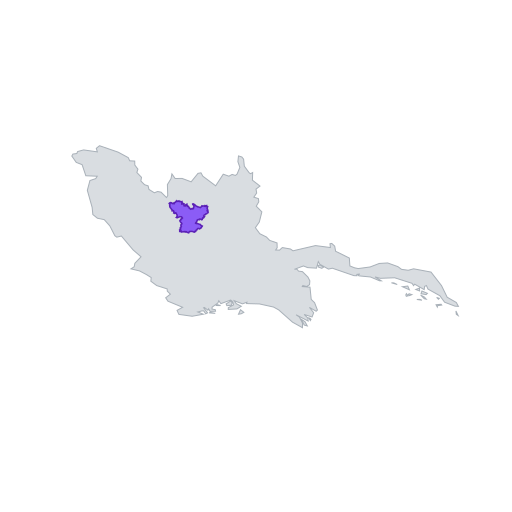 Kyaukme, Shan, Myanmar (highlighted), rotated 294°
{"feature_id": "60261553B11251200769941", "entity_name": "Kyaukme", "entity_type": "district", "adm_level": 2, "iso_a3": "MMR", "parent_name": "Myanmar", "parent_adm1": "Shan", "projection": "natural_earth1", "projection_center": [97.145, 22.817], "detail": "fine", "context": "in_parent", "style": "filled", "palette": "violet", "viewbox_px": 512, "rotation_deg": 294, "n_neighbors": 0, "source": "geoboundaries", "source_scale": "gbopen_adm2", "svg_char_len": 9063}
<svg xmlns="http://www.w3.org/2000/svg" viewBox="0 0 512 512"><g transform="rotate(294 256 256)"><path d="M321.5,231.2L317.1,228.8L313.8,231.0L308.9,230.1L309.4,234.9L306.6,236.5L301.6,236.0L298.7,243.4L288.4,245.2L281.6,243.9L277.9,250.4L277.6,257.8L275.8,262.2L276.5,269.9L272.1,272.0L269.5,271.5L270.9,275.1L274.4,276.6L276.4,284.6L275.8,287.7L289.7,306.1L294.0,320.5L297.3,318.6L298.3,320.1L297.0,323.9L292.7,326.8L292.1,342.1L285.1,345.8L285.3,350.9L286.1,354.5L292.4,364.7L299.3,371.6L303.2,379.1L304.0,389.9L303.0,394.4L304.9,400.9L308.4,405.2L312.5,422.4L304.4,437.5L296.1,447.4L295.0,457.9L292.3,461.4L291.1,458.1L290.5,447.1L294.5,440.1L295.7,426.6L298.3,423.7L296.9,422.4L293.7,423.3L294.8,412.4L293.0,412.0L294.5,409.7L292.5,391.5L286.2,378.7L285.3,373.2L284.3,380.6L283.6,379.1L283.4,369.1L279.7,358.1L280.1,357.1L281.8,358.1L280.2,355.6L279.0,356.2L277.9,353.5L275.9,330.7L273.5,327.5L274.4,317.7L276.2,315.2L269.5,316.2L266.4,307.9L266.2,303.4L259.5,296.5L260.6,298.7L259.5,301.0L260.6,304.8L257.9,312.0L255.2,315.3L251.5,316.6L248.7,314.6L248.1,310.8L246.9,310.7L249.5,318.0L238.8,324.1L237.2,328.5L231.6,334.1L230.0,333.4L230.8,325.7L227.6,331.8L223.1,332.0L222.2,323.8L220.4,328.6L217.8,330.1L218.6,316.5L217.9,320.4L213.6,325.8L209.4,327.6L210.4,316.3L216.0,298.6L216.5,292.8L213.6,278.6L208.7,266.7L210.1,266.5L206.8,263.1L206.3,254.3L204.4,257.4L204.1,263.0L199.9,260.1L195.9,252.4L197.5,251.7L202.2,255.4L204.8,253.3L205.5,250.8L198.2,243.3L200.0,240.2L197.6,240.3L191.4,236.7L189.6,237.4L190.4,240.6L189.1,241.5L186.7,236.6L188.5,234.2L186.9,234.1L188.0,229.8L187.4,229.2L184.4,234.9L182.7,233.5L184.6,230.6L183.9,229.0L181.2,225.6L181.4,231.6L175.0,222.2L171.3,209.3L174.2,206.0L179.3,209.8L178.9,193.9L181.1,190.5L186.3,193.3L187.8,189.3L189.8,188.2L188.6,177.3L190.2,170.2L193.7,169.0L194.5,163.3L195.0,155.6L193.4,147.0L196.6,149.1L200.1,148.3L208.5,151.3L211.6,141.2L219.5,124.9L216.6,121.2L217.1,118.8L224.0,110.3L227.5,102.6L226.0,95.7L227.5,90.1L233.8,86.5L247.4,75.2L257.4,73.6L261.5,78.1L264.3,78.5L260.1,67.9L268.7,60.0L268.4,53.7L272.4,47.1L274.7,47.3L276.7,50.6L278.9,50.6L282.8,55.4L286.6,68.7L289.4,66.3L293.1,68.2L294.8,87.8L293.9,99.3L291.6,101.9L293.4,106.6L289.8,108.3L287.3,112.8L283.8,113.2L281.3,119.4L277.7,120.3L275.8,125.2L276.2,128.9L273.3,131.1L272.4,137.4L274.9,139.9L275.7,143.3L273.0,150.5L275.3,150.8L285.2,146.0L292.1,146.9L296.8,145.8L293.9,150.6L296.8,156.9L297.4,166.6L307.9,169.4L309.6,171.9L307.3,174.9L303.7,190.6L317.4,192.8L317.9,198.8L320.8,201.0L321.2,204.4L323.1,205.4L330.4,205.2L334.8,201.1L340.3,199.3L340.7,202.8L339.4,205.3L333.3,208.8L329.2,216.0L329.0,217.6L330.9,219.0L323.8,221.9L321.5,231.2ZM200.1,248.2L204.5,251.1L203.6,253.3L200.9,253.4L198.8,249.6L200.1,248.2ZM287.5,402.3L290.3,406.9L287.5,409.9L287.5,402.3ZM199.6,267.8L197.3,266.1L195.7,263.7L200.6,263.7L199.6,267.8ZM291.5,421.8L291.6,427.8L289.9,427.1L288.7,422.1L291.5,421.8ZM215.9,327.5L213.0,331.3L212.5,328.1L216.6,323.3L215.9,327.5ZM273.3,322.3L271.5,321.1L271.3,317.6L272.7,316.6L273.8,318.3L273.3,322.3ZM285.8,429.1L285.4,427.1L287.3,422.3L287.0,426.5L285.8,429.1ZM284.7,440.3L287.2,444.7L286.7,445.6L284.5,442.1L283.1,442.4L284.7,440.3ZM293.2,418.4L290.6,419.7L290.4,415.6L293.2,418.4ZM287.1,461.0L283.8,464.9L284.2,462.7L287.1,461.0ZM185.9,237.2L187.0,242.1L185.0,236.3L185.9,237.2ZM287.5,392.9L287.4,396.6L286.6,390.6L287.5,392.9ZM195.9,240.7L196.3,243.8L194.4,239.4L195.9,240.7ZM284.1,414.1L282.2,412.3L282.9,410.9L283.8,411.2L284.1,414.1ZM282.8,408.7L281.5,411.2L280.3,409.7L281.3,408.7L282.8,408.7ZM283.1,423.4L283.1,425.6L281.7,420.6L283.1,423.4ZM220.5,332.0L219.1,331.9L220.9,329.4L221.1,330.4L220.5,332.0ZM291.9,440.7L290.7,440.3L291.6,437.9L291.9,440.7Z" fill="#d9dde1" stroke="#a8b0b8" stroke-width="1"/><path d="M268.7,155.3L268.5,155.6L268.2,155.9L268.2,156.3L267.4,156.7L267.1,156.6L266.9,156.6L266.4,157.1L265.9,157.2L265.6,157.6L265.6,157.8L265.3,158.0L265.1,158.4L265.0,158.8L264.9,159.0L264.5,159.4L264.4,159.8L263.8,160.4L263.9,160.7L263.5,160.9L263.5,161.1L263.2,161.2L263.3,161.3L263.7,161.3L263.8,162.2L263.6,162.5L263.2,162.7L263.2,162.9L262.8,163.2L262.5,163.3L262.3,163.2L261.8,163.3L261.9,164.0L261.8,164.4L262.4,164.8L262.6,164.8L262.8,165.0L262.8,165.3L262.7,165.6L262.3,165.7L262.2,166.1L261.6,166.9L261.6,167.0L261.0,167.4L260.8,167.6L260.5,167.6L260.2,167.8L260.0,167.7L259.8,167.9L259.7,167.8L259.4,167.9L258.8,167.6L258.8,168.4L259.5,169.1L259.8,169.1L260.1,169.7L260.9,170.4L261.2,171.1L261.2,171.4L261.5,171.8L261.4,172.3L261.2,172.3L260.9,172.7L261.1,172.9L260.9,173.3L260.7,173.4L260.4,173.2L260.2,172.9L259.7,173.0L259.5,172.6L259.3,172.5L259.0,172.3L258.7,172.7L258.4,172.7L258.3,172.3L258.1,172.3L257.9,172.4L257.2,172.1L257.0,172.4L256.8,172.5L256.2,173.4L256.2,173.8L256.1,174.3L255.7,174.6L255.6,174.9L255.3,174.8L255.0,175.1L254.9,175.0L254.5,174.9L254.3,174.9L254.2,174.8L253.7,174.7L253.2,175.3L252.9,175.3L252.7,175.5L252.2,175.6L252.2,175.8L251.7,175.7L251.4,175.4L251.1,175.4L250.9,175.6L250.7,175.4L250.5,175.5L250.3,175.9L250.0,175.8L249.7,175.9L249.3,175.9L249.2,175.8L248.9,175.7L248.7,175.6L248.5,175.8L248.2,176.0L247.7,176.2L247.8,176.3L247.6,176.4L247.4,176.6L247.4,176.8L247.6,177.1L247.8,177.4L247.7,177.8L248.1,177.7L248.0,177.8L248.0,178.1L247.9,178.2L248.1,179.0L248.4,179.4L248.4,179.6L248.6,179.8L248.7,180.0L248.8,180.1L248.9,180.3L249.2,180.5L249.2,181.1L249.0,181.5L249.2,181.8L249.3,181.7L249.5,181.8L249.5,181.7L249.7,181.8L249.8,182.1L249.9,182.6L249.8,182.9L249.6,183.2L249.7,185.0L249.9,185.2L250.9,185.1L251.3,185.2L251.5,185.9L252.0,186.4L252.3,187.3L252.4,187.6L252.5,188.0L252.6,188.3L252.6,189.7L252.7,190.0L252.9,190.2L253.0,190.1L253.3,190.0L253.5,190.3L253.9,190.3L254.0,190.5L254.1,190.9L255.0,190.8L255.4,191.0L255.4,190.9L255.6,190.9L255.7,191.1L255.9,191.4L256.1,191.3L256.3,191.4L257.0,191.4L257.4,191.6L257.6,191.8L257.7,192.0L257.8,192.3L257.7,192.4L257.8,192.9L257.7,193.2L257.8,193.4L258.1,193.5L258.3,193.8L258.9,194.0L259.2,194.4L259.6,194.5L259.9,194.3L260.1,194.3L260.7,194.7L261.3,194.8L261.5,194.8L261.5,194.6L261.7,193.6L261.6,193.2L261.8,192.7L262.1,192.3L262.2,192.0L262.0,191.7L261.9,190.1L261.8,189.4L261.4,188.4L261.3,187.8L261.4,187.4L261.8,187.4L262.3,187.7L262.9,188.0L263.4,187.6L263.6,187.6L264.1,187.9L264.5,187.9L265.0,187.7L265.4,187.9L266.0,188.7L265.9,189.1L265.9,189.3L266.0,189.3L266.6,189.3L267.0,189.6L267.1,190.1L267.0,190.9L267.0,191.7L267.5,192.1L268.5,191.7L268.7,191.8L269.1,191.7L269.4,192.2L269.4,192.6L270.3,192.8L270.5,192.6L270.7,192.8L271.0,192.9L271.0,192.5L271.1,192.3L271.2,191.9L271.6,191.9L272.0,192.0L272.4,192.0L272.9,192.4L272.9,192.6L273.0,192.7L273.2,193.0L274.2,193.1L274.3,193.4L274.5,193.5L274.6,193.8L275.0,194.0L275.1,194.4L275.1,194.2L275.3,194.2L275.5,194.3L275.8,194.3L276.0,194.5L276.2,194.4L276.4,194.5L276.6,194.2L276.9,194.1L276.7,193.7L277.0,194.0L277.3,194.0L277.1,193.5L277.3,193.4L277.5,193.0L277.9,193.3L278.6,193.1L279.2,192.2L279.4,192.3L279.6,192.1L280.1,192.0L280.3,192.0L280.7,191.6L281.0,191.7L281.3,191.6L281.6,191.1L281.7,190.8L281.5,190.7L281.5,190.8L281.1,190.3L281.3,190.2L281.2,190.1L281.4,190.0L281.5,190.0L281.3,189.8L281.4,189.7L281.5,189.8L281.6,189.7L281.3,189.4L281.1,189.7L281.1,189.4L281.0,189.5L280.9,189.2L280.6,189.0L280.5,188.8L280.6,188.7L280.5,187.8L280.0,187.3L279.8,187.0L280.0,186.8L280.0,186.6L279.9,186.2L279.5,186.3L279.0,186.0L278.6,186.0L278.2,185.7L277.5,185.4L277.5,185.2L277.5,184.2L277.4,183.4L277.2,183.1L277.2,182.7L277.3,182.6L277.2,182.3L277.4,181.7L277.2,181.1L277.8,179.8L277.8,179.4L278.0,179.0L278.0,178.7L278.2,177.7L277.6,177.3L277.6,177.1L277.4,177.2L277.3,177.4L277.3,177.8L277.2,177.9L277.3,178.1L277.1,178.1L276.7,178.6L276.2,179.2L275.8,179.3L275.7,179.2L274.8,179.2L274.6,179.2L274.6,179.4L273.8,179.6L273.6,179.4L273.4,178.7L273.2,178.7L273.2,178.1L272.3,177.6L272.1,177.3L272.2,177.1L272.3,176.9L272.7,176.1L272.4,175.9L272.4,175.7L273.2,175.0L273.4,174.6L273.9,174.1L273.8,173.9L273.8,173.7L273.7,173.5L273.4,173.2L273.6,173.0L273.8,173.1L274.0,172.9L273.8,172.8L273.8,172.6L273.9,172.4L274.1,172.3L274.0,172.2L274.2,171.7L274.4,171.7L274.2,171.5L274.3,171.2L274.5,171.2L274.1,170.9L273.7,171.3L273.3,171.3L273.1,171.2L273.3,170.8L273.1,170.6L272.9,170.5L272.6,170.2L272.6,169.8L273.5,169.8L273.6,169.0L274.1,168.8L274.4,168.9L274.4,168.0L274.2,167.8L273.8,167.8L273.6,167.4L273.3,167.3L273.2,167.0L273.4,166.9L273.7,166.8L274.1,166.7L274.5,166.7L274.6,166.4L274.8,166.3L275.0,166.3L274.9,166.7L275.1,166.7L275.2,166.3L275.5,166.2L275.3,166.0L275.2,165.8L275.2,164.9L274.9,164.8L274.7,164.5L274.7,163.8L275.0,163.4L274.8,163.3L274.6,163.4L274.5,163.2L274.6,162.5L274.4,162.4L274.2,162.5L273.9,162.0L273.9,161.6L274.1,161.2L273.9,161.2L273.7,160.8L273.2,160.9L272.9,160.6L272.3,160.6L272.1,160.4L272.1,160.2L271.7,159.9L271.5,159.6L271.4,159.6L271.1,159.9L270.4,159.9L270.4,159.6L270.6,159.1L270.0,158.8L269.9,158.5L270.1,157.7L270.3,157.5L270.3,157.2L270.2,157.0L270.2,156.8L269.9,156.7L270.1,156.3L270.0,156.1L269.3,155.5L269.0,155.5L268.7,155.3Z" fill="#8b5cf6" stroke="#5b21b6" stroke-width="1.5"/></g></svg>